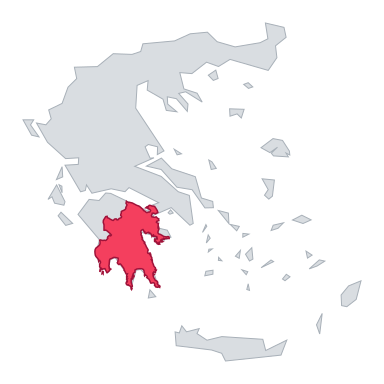 Greece, with Peloponnisos highlighted
{"feature_id": "GRC-2885", "entity_name": "Peloponnisos", "entity_type": "Region", "adm_level": 1, "iso_a3": "GRC", "parent_name": "Greece", "parent_adm1": "", "projection": "orthographic", "projection_center": [22.642, 37.277], "detail": "fine", "context": "in_parent", "style": "filled", "palette": "rose", "viewbox_px": 384, "rotation_deg": 0, "n_neighbors": 0, "source": "natural_earth", "source_scale": "10m", "svg_char_len": 9674}
<svg xmlns="http://www.w3.org/2000/svg" viewBox="0 0 384 384"><path d="M265.4,23.0L284.0,27.4L286.1,37.3L275.5,45.8L276.9,57.7L268.2,70.4L230.0,59.4L218.5,66.5L206.5,62.2L191.9,73.6L179.8,72.6L183.9,88.9L197.1,93.2L202.2,102.1L185.7,91.8L178.7,93.4L188.0,104.0L187.3,111.4L176.4,98.7L167.3,96.8L167.7,104.1L176.9,111.8L166.3,110.4L163.0,99.2L147.2,90.1L148.1,80.6L137.1,85.4L135.7,108.2L164.0,150.9L157.3,154.6L157.6,146.8L148.3,144.5L145.1,146.8L147.0,151.3L150.1,158.2L154.0,157.8L134.7,166.3L161.3,176.5L178.2,191.7L189.3,195.4L193.2,223.5L189.9,225.2L171.2,207.6L153.0,215.5L159.4,228.3L167.3,230.2L171.0,237.2L158.1,242.5L152.3,235.2L140.8,232.2L158.3,286.6L140.5,269.5L136.2,270.2L131.4,286.7L129.0,285.3L126.9,274.0L115.2,257.7L110.3,259.6L107.7,272.2L101.6,265.8L95.5,255.0L99.5,239.8L78.0,214.4L89.1,199.4L99.1,200.5L105.7,193.0L110.7,193.4L148.5,211.5L147.4,206.9L158.7,202.7L129.0,187.6L125.0,191.7L111.2,188.8L91.9,193.2L86.5,184.9L85.3,190.5L80.6,191.8L65.0,165.2L78.3,164.4L78.7,157.8L65.6,158.6L47.5,142.3L36.5,123.0L45.9,124.8L51.2,118.8L48.7,109.9L62.1,103.4L68.0,87.2L76.7,78.6L74.4,67.2L97.4,66.6L113.2,53.7L132.0,54.4L140.7,51.5L142.9,43.8L174.6,40.9L190.2,33.8L207.4,32.2L217.1,41.7L235.1,46.9L260.1,42.7L267.9,38.8L265.4,23.0ZM186.5,331.8L199.2,328.6L197.0,333.6L207.0,340.2L221.8,336.6L262.8,339.3L265.7,350.5L286.8,340.1L281.0,355.1L225.5,361.0L221.7,353.3L211.6,350.0L176.2,345.7L175.1,331.9L179.3,332.9L181.8,325.8L186.5,331.8ZM161.4,158.1L171.8,168.8L195.3,176.7L201.4,198.0L212.7,201.4L213.4,207.7L204.9,207.9L192.1,189.7L176.9,187.2L161.2,169.5L146.4,166.1L161.4,158.1ZM282.5,140.4L289.4,151.1L289.8,155.0L286.0,153.0L288.4,156.9L273.5,155.9L271.3,153.2L277.5,147.2L269.9,152.6L261.0,147.7L273.0,138.6L282.5,140.4ZM346.8,306.7L341.6,305.6L341.1,295.0L348.6,285.9L361.0,280.8L356.2,299.4L346.8,306.7ZM272.4,196.2L268.8,199.1L264.5,195.2L268.2,189.6L262.1,178.8L274.4,180.0L272.4,196.2ZM56.6,184.9L65.0,201.7L63.9,205.2L54.6,203.2L52.0,196.8L48.0,199.4L56.6,184.9ZM39.0,136.9L31.6,135.2L23.0,119.8L33.7,119.8L30.5,124.9L39.0,136.9ZM244.1,109.3L241.3,118.0L237.1,113.9L230.0,116.2L229.6,108.8L244.1,109.3ZM301.8,215.2L311.1,219.9L303.0,223.5L292.5,220.0L301.8,215.2ZM218.1,78.5L213.3,80.4L208.3,75.2L215.8,70.1L218.1,78.5ZM61.0,212.2L72.7,223.4L65.7,225.4L58.1,215.8L61.0,212.2ZM252.9,259.1L249.5,261.0L245.5,254.2L251.8,247.7L252.9,259.1ZM228.4,213.1L228.9,223.6L218.3,210.5L228.4,213.1ZM322.2,313.4L319.7,334.0L316.5,324.8L322.2,313.4ZM62.7,176.9L56.4,179.6L62.1,166.7L62.7,176.9ZM155.8,296.7L148.3,298.0L149.9,289.8L155.8,296.7ZM309.2,268.9L319.3,259.9L324.8,261.1L317.1,266.0L309.2,268.9ZM271.1,230.5L273.2,225.2L283.5,222.8L278.0,228.3L271.1,230.5ZM240.4,250.4L239.2,258.3L235.4,256.2L240.4,250.4ZM239.3,226.4L236.7,230.8L230.2,224.4L239.3,226.4ZM216.3,168.4L211.2,169.5L208.8,160.0L211.9,161.8L216.3,168.4ZM252.8,86.9L248.5,88.4L243.7,84.4L248.2,82.7L252.8,86.9ZM213.0,270.2L212.9,274.2L204.8,275.8L205.9,271.3L213.0,270.2ZM273.6,261.6L261.1,267.7L271.0,260.0L273.6,261.6ZM206.8,226.3L202.5,232.4L205.9,224.6L206.8,226.3ZM248.9,234.1L242.8,237.2L242.9,233.4L248.9,234.1ZM290.0,276.8L285.0,280.7L282.5,279.0L286.3,274.3L290.0,276.8ZM312.1,255.1L307.5,258.1L306.0,251.1L312.1,255.1ZM210.2,238.2L206.3,243.0L208.2,234.9L210.2,238.2ZM61.9,186.2L62.1,192.8L59.0,184.7L61.9,186.2ZM247.8,271.7L246.2,274.7L241.9,269.8L247.8,271.7ZM181.5,153.8L177.1,154.8L174.2,149.2L181.5,153.8ZM173.2,213.0L169.9,214.2L168.1,212.8L170.6,209.8L173.2,213.0ZM212.3,248.9L208.3,252.0L208.9,249.2L212.3,248.9ZM248.2,283.8L249.5,290.4L246.8,289.5L248.2,283.8ZM221.9,260.8L218.4,260.4L218.6,257.3L221.9,260.8Z" fill="#d9dde1" stroke="#a8b0b8" stroke-width="1"/><path d="M157.9,212.4L157.2,212.9L155.3,213.8L153.6,213.1L153.3,213.3L152.2,213.2L152.1,213.4L152.0,214.6L151.7,214.8L151.4,215.3L151.6,216.3L152.1,217.0L152.9,216.9L153.6,217.2L154.5,217.3L155.4,217.2L156.1,216.8L157.4,218.1L158.1,218.6L158.8,218.9L158.6,219.9L158.6,220.3L158.8,220.6L158.3,220.7L157.5,221.2L156.7,221.3L156.6,221.5L156.4,222.3L157.4,223.0L157.9,223.3L158.5,223.3L158.2,224.5L158.1,225.2L158.6,227.1L158.0,227.1L158.1,228.2L158.3,228.6L159.0,228.9L158.1,231.2L157.9,232.6L158.2,233.3L158.7,233.9L160.7,234.5L161.9,235.4L162.6,235.5L163.7,236.7L164.5,236.5L166.4,237.0L167.2,236.6L168.7,236.6L169.1,237.2L169.2,238.5L164.5,238.7L163.8,238.6L164.0,239.3L162.6,239.1L162.1,239.2L162.2,239.7L160.8,240.0L160.8,240.5L161.1,240.7L161.9,240.7L161.6,241.1L161.6,241.4L162.7,241.7L162.1,242.0L159.9,242.0L159.1,242.2L159.0,242.6L159.8,244.1L159.0,244.3L158.4,244.3L157.3,243.8L157.3,243.4L158.1,243.4L158.1,243.1L157.7,243.0L157.1,243.1L156.6,243.0L156.2,242.4L157.0,242.8L156.8,242.3L156.6,242.0L155.7,241.4L155.4,241.7L155.0,241.7L154.6,241.5L154.5,239.8L154.6,239.2L155.5,239.8L155.9,239.4L156.1,238.7L156.2,238.0L157.3,238.7L157.3,238.4L157.1,237.9L156.9,236.8L155.5,236.2L154.1,236.5L153.5,236.3L154.0,236.0L153.5,234.9L152.1,235.8L151.9,236.3L151.3,234.5L150.9,233.9L150.3,233.2L149.4,233.2L149.2,232.6L148.6,232.3L147.8,232.3L148.3,232.4L148.6,232.9L147.8,232.6L147.1,232.7L145.9,233.6L145.6,233.3L144.5,232.6L144.8,231.9L144.3,231.7L143.9,231.3L143.6,230.9L143.7,230.5L142.9,229.5L141.4,230.3L140.9,231.0L140.8,232.3L141.3,233.4L141.0,234.6L141.2,235.2L141.8,236.0L141.8,237.2L142.4,237.7L142.4,238.2L142.1,238.9L142.1,239.4L144.2,241.9L144.6,242.1L144.3,242.8L144.8,242.8L144.8,243.1L144.6,243.1L144.6,243.5L145.0,243.9L145.9,245.6L146.2,246.5L147.6,248.9L148.0,249.6L148.2,250.1L147.8,250.6L147.6,252.5L147.9,253.2L148.7,253.3L150.0,253.0L150.0,253.3L150.3,253.7L150.0,253.9L150.3,254.0L150.0,254.4L150.7,254.7L151.0,255.1L150.9,255.3L150.3,255.1L150.7,256.0L151.8,257.5L151.7,258.1L152.2,259.8L151.4,259.8L152.0,260.8L152.2,260.5L152.4,261.4L152.3,262.2L152.7,262.9L153.5,264.9L153.7,265.3L153.6,265.7L154.2,266.6L155.3,267.7L155.5,268.2L155.6,268.8L155.5,269.2L155.0,269.4L155.0,269.7L155.8,269.8L156.4,270.0L156.2,270.4L155.7,270.8L155.6,271.1L155.6,271.9L155.4,272.5L154.9,272.4L153.9,271.8L153.6,272.3L153.1,272.8L152.9,273.3L153.4,273.8L153.1,274.5L154.2,274.5L153.2,275.4L153.3,276.6L153.9,278.0L154.7,279.2L155.1,280.1L157.2,281.3L157.7,282.0L158.1,282.0L157.5,282.3L157.5,282.6L157.8,282.9L157.8,283.2L157.6,283.4L157.3,283.7L157.9,284.7L159.1,285.4L160.0,286.2L159.7,287.4L158.4,286.7L158.0,287.2L157.5,287.3L155.7,286.9L155.0,285.8L154.5,285.4L154.5,285.1L154.8,284.4L154.5,283.6L153.9,282.9L153.3,282.7L151.6,283.1L150.8,283.1L150.4,282.5L150.2,281.7L149.0,279.3L146.8,277.6L147.4,277.0L147.2,276.4L145.6,274.9L145.3,274.8L145.2,275.2L144.6,275.9L144.5,275.6L144.4,275.2L144.6,274.0L144.5,273.2L144.2,272.2L143.9,270.4L143.3,269.5L142.5,269.0L141.3,268.7L139.3,268.7L136.8,269.0L135.0,270.0L135.0,272.1L133.7,273.1L133.2,273.8L132.9,274.9L133.5,274.9L133.9,275.2L134.0,275.8L134.0,276.6L133.7,276.6L133.5,275.9L133.2,275.6L132.9,275.6L132.6,275.8L132.3,276.3L132.3,276.7L133.1,277.5L132.9,278.5L132.4,279.0L132.1,277.9L131.5,278.3L131.2,278.8L131.2,281.7L131.3,282.8L131.6,283.8L132.3,285.7L132.2,286.0L132.3,286.5L131.8,286.8L131.6,287.3L131.7,287.9L132.1,288.5L132.0,288.8L131.7,288.8L131.5,289.5L131.1,289.0L130.9,287.2L130.7,286.5L130.1,286.0L128.7,285.4L128.2,284.7L127.9,284.7L127.5,285.1L127.1,285.0L126.4,284.2L126.1,283.5L126.1,282.9L126.6,281.7L127.2,281.9L127.4,281.3L127.2,280.5L126.8,280.0L127.4,279.0L126.6,279.0L126.7,278.3L126.6,277.6L126.7,277.0L127.4,276.9L127.4,276.6L126.6,276.3L126.7,275.4L127.4,273.8L126.2,274.0L125.5,272.8L124.9,271.2L124.1,270.4L124.2,269.4L123.6,268.1L120.8,264.3L120.0,263.8L119.0,264.6L117.9,263.8L117.5,263.3L117.3,262.5L117.6,262.3L117.9,261.4L118.1,259.8L118.2,258.5L118.1,258.1L115.5,257.5L114.0,257.4L113.2,257.6L111.7,258.5L110.2,258.9L109.8,259.4L109.5,260.1L109.1,264.9L108.9,265.5L108.9,265.9L109.4,267.4L109.1,268.0L110.2,268.9L110.8,269.0L110.8,269.3L110.2,269.4L109.8,269.6L109.5,269.9L109.7,270.3L109.4,270.8L107.3,272.7L106.9,272.7L104.9,268.6L103.6,268.8L102.6,269.3L102.1,268.8L101.2,268.4L100.9,267.9L100.7,267.9L100.3,268.1L99.6,266.5L99.7,266.0L99.6,264.4L99.7,264.0L100.5,262.7L100.5,261.9L100.2,261.2L99.6,260.8L98.8,261.0L99.2,260.8L99.3,260.7L99.4,260.4L99.0,260.3L98.8,260.5L98.6,261.0L98.3,259.3L97.3,258.0L96.1,256.7L95.3,255.2L95.0,253.2L94.9,251.2L95.2,249.4L96.0,248.0L98.5,246.0L99.6,244.9L100.1,243.3L100.0,241.3L99.6,240.2L100.2,239.9L102.9,240.5L104.3,240.2L105.6,240.5L106.3,240.1L107.8,238.3L107.5,237.6L107.7,236.9L108.8,235.8L109.4,235.2L110.3,235.9L111.0,235.6L111.4,235.0L110.2,233.6L106.7,230.6L105.4,230.1L104.7,230.3L104.0,230.2L104.0,224.8L103.2,222.3L103.4,220.3L105.7,216.6L107.1,216.3L107.4,217.7L108.8,218.2L110.1,219.1L112.7,220.4L113.4,220.4L114.4,219.2L115.2,218.9L116.5,219.0L116.7,219.7L117.3,219.9L118.1,219.7L119.1,218.5L121.3,217.6L121.6,216.8L121.3,216.1L120.7,215.5L120.8,214.1L121.2,213.5L121.3,212.7L121.2,211.9L121.5,211.3L124.4,210.0L125.2,209.4L125.6,208.8L125.9,208.2L125.8,207.5L127.0,205.0L126.0,203.3L126.4,201.3L126.7,201.6L127.9,202.1L128.7,202.6L129.4,202.3L132.4,203.0L136.7,205.3L139.1,206.1L139.4,206.5L139.8,206.6L142.9,209.4L143.6,210.6L144.6,211.0L146.4,212.5L147.0,212.6L148.6,212.1L149.5,212.1L149.8,212.0L150.5,210.8L150.6,210.5L150.2,209.9L149.7,209.3L148.6,208.9L147.6,208.1L146.9,208.0L147.2,207.8L145.9,207.7L146.7,207.0L147.1,206.7L148.1,206.5L149.3,205.3L150.4,205.4L152.3,206.2L153.1,206.0L154.3,206.5L154.6,206.4L155.9,208.3L157.2,210.5L157.9,212.4ZM102.6,271.3L103.2,271.6L103.2,272.2L103.1,273.0L103.1,274.0L102.7,273.6L102.5,273.0L102.0,273.4L102.4,271.4L102.6,271.3ZM99.8,271.9L99.9,270.2L100.1,269.4L100.4,268.9L100.9,269.3L101.2,269.2L101.2,269.5L100.7,269.9L100.7,270.4L99.8,271.9Z" fill="#f43f5e" stroke="#9f1239" stroke-width="1.5"/></svg>